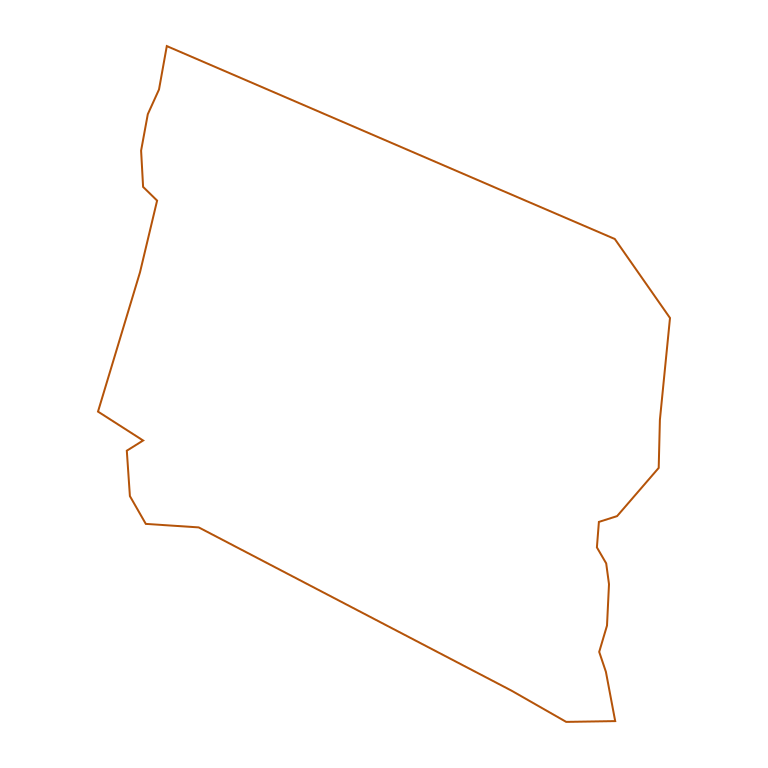 Monte das Gameleiras, Rio Grande do Norte, Brazil (Mercator projection)
{"feature_id": "56859067B40912870181920", "entity_name": "Monte das Gameleiras", "entity_type": "district", "adm_level": 2, "iso_a3": "BRA", "parent_name": "Brazil", "parent_adm1": "Rio Grande do Norte", "projection": "mercator", "projection_center": [-35.807, -6.43], "detail": "fine", "context": "isolated", "style": "outline", "palette": "amber", "viewbox_px": 768, "rotation_deg": 0, "n_neighbors": 0, "source": "geoboundaries", "source_scale": "gbopen_adm2", "svg_char_len": 484}
<svg xmlns="http://www.w3.org/2000/svg" viewBox="0 0 768 768"><path d="M566.2,721.9L615.2,721.1L605.9,671.8L599.2,651.9L607.0,625.6L609.0,584.2L606.2,563.4L596.9,547.4L598.9,521.9L617.1,516.1L658.7,467.9L659.9,419.8L670.0,318.0L614.8,239.0L500.1,189.7L166.8,46.1L159.0,89.5L147.8,114.2L141.1,150.6L143.1,186.9L157.1,200.6L140.0,272.3L98.0,411.6L143.1,440.5L126.8,450.7L129.9,496.1L145.8,523.9L198.7,527.4L511.4,690.6L566.2,721.9Z" fill="none" stroke="#b45309" stroke-width="2"/></svg>